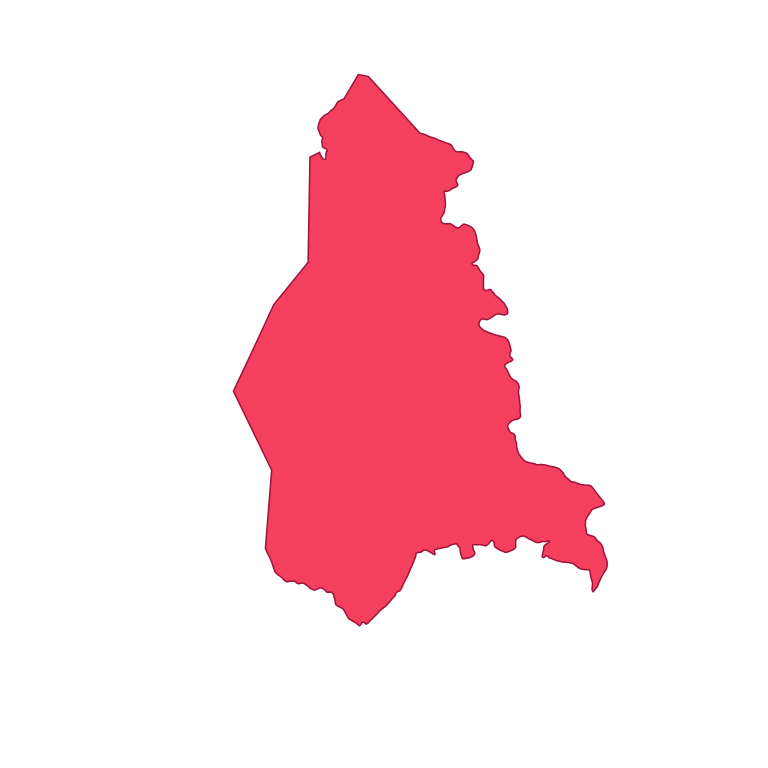 outline of Concepcion de Maria, Choluteca, Honduras, rotated 331°
{"feature_id": "27666195B30241757511056", "entity_name": "Concepcion de Maria", "entity_type": "district", "adm_level": 2, "iso_a3": "HND", "parent_name": "Honduras", "parent_adm1": "Choluteca", "projection": "natural_earth1", "projection_center": [-86.944, 13.221], "detail": "fine", "context": "isolated", "style": "filled", "palette": "rose", "viewbox_px": 768, "rotation_deg": 331, "n_neighbors": 0, "source": "geoboundaries", "source_scale": "gbopen_adm2", "svg_char_len": 6171}
<svg xmlns="http://www.w3.org/2000/svg" viewBox="0 0 768 768"><g transform="rotate(331 384 384)"><path d="M466.2,667.1L471.7,665.0L482.0,657.2L488.8,653.6L490.7,651.7L491.8,649.8L493.1,647.3L493.4,646.2L494.8,636.9L495.8,634.3L496.2,632.5L496.4,630.7L496.3,629.3L495.8,627.0L494.8,625.0L494.1,620.7L493.7,619.4L493.0,618.5L489.5,615.0L489.0,614.1L488.8,613.3L489.0,612.2L490.8,607.6L491.3,605.4L492.9,603.3L493.8,601.5L495.0,600.4L497.8,598.4L500.2,597.4L504.9,594.7L506.5,594.7L516.4,596.4L518.2,596.1L518.7,595.6L518.9,594.8L518.8,592.8L517.1,583.1L516.1,575.1L515.5,573.1L514.8,572.4L510.9,569.9L507.4,567.4L502.9,562.0L501.3,561.0L500.2,559.7L499.7,558.7L499.1,556.4L497.6,552.9L497.6,548.7L496.7,544.6L496.2,543.4L494.7,541.3L492.2,538.7L489.1,536.2L486.8,533.9L484.7,532.2L481.7,530.1L480.2,529.5L478.9,529.2L478.4,528.9L477.8,527.4L473.3,523.6L470.1,520.2L469.5,518.6L468.7,515.3L468.0,510.0L469.1,504.4L470.0,502.4L471.0,500.7L471.7,496.2L473.2,493.9L473.5,492.8L473.5,491.5L473.3,490.5L472.7,489.5L471.5,488.3L471.0,487.3L471.3,482.4L471.6,480.8L472.2,480.2L473.2,479.5L475.2,478.7L477.2,478.2L481.2,478.5L482.6,479.2L484.6,479.6L486.7,479.2L487.4,478.8L488.0,478.2L489.9,473.4L492.5,469.4L493.2,467.0L494.8,463.8L497.7,456.0L499.2,454.0L500.6,452.6L501.4,449.9L501.5,447.8L501.1,446.1L500.6,445.1L499.2,443.0L498.1,440.3L498.0,438.3L498.4,432.1L498.2,429.3L498.0,427.7L498.1,426.8L498.8,426.1L500.1,425.7L504.0,425.3L504.4,425.4L505.0,425.8L505.7,425.8L507.6,425.5L508.4,425.2L508.5,424.8L508.5,424.1L507.6,420.5L508.3,419.3L509.6,417.7L510.9,416.9L511.3,416.5L513.3,409.7L513.6,407.5L513.6,405.5L513.2,403.8L512.3,401.8L504.5,394.3L500.7,389.9L498.0,386.5L496.7,384.2L495.9,381.9L495.5,379.7L495.6,378.2L497.1,376.5L498.8,375.0L499.5,374.7L500.9,374.7L502.4,375.2L504.0,376.8L505.7,377.9L510.3,377.9L514.7,377.4L517.1,377.5L522.5,381.8L523.6,382.3L525.0,382.5L525.9,382.4L526.7,381.7L527.4,380.4L528.2,378.3L528.3,371.8L526.5,365.5L525.1,362.0L524.3,360.4L524.2,358.7L523.3,353.7L522.9,352.9L522.2,352.5L521.0,352.2L519.4,352.1L518.7,351.9L517.8,350.9L517.4,349.6L517.4,348.7L518.1,347.0L523.5,337.9L523.8,336.8L523.7,335.4L523.2,333.5L522.9,331.1L522.8,325.9L522.2,325.0L519.5,323.2L519.3,322.4L519.2,321.5L519.4,321.1L519.8,320.9L521.7,321.0L526.3,320.3L527.3,319.4L529.0,317.3L530.3,316.2L530.9,315.3L531.9,314.7L532.3,314.2L532.9,313.0L533.4,311.4L533.9,306.7L536.4,299.4L537.4,294.6L537.4,292.6L536.9,290.3L536.2,288.7L533.6,285.0L531.9,283.3L531.1,282.8L530.6,282.7L526.7,283.5L525.0,283.6L524.3,283.4L523.7,282.8L522.7,281.5L519.9,276.0L515.4,273.6L513.5,272.2L513.1,271.4L513.0,270.3L513.1,267.9L513.5,267.0L513.8,266.7L519.7,263.2L524.2,257.7L525.1,256.1L528.9,247.9L529.3,245.7L530.0,244.9L530.8,244.8L532.2,246.0L534.8,246.5L538.5,246.1L542.4,246.5L544.0,246.4L544.8,245.9L545.3,245.2L545.5,241.6L546.1,240.4L547.2,239.5L550.2,238.1L551.8,237.9L554.9,238.1L558.0,238.7L560.7,239.0L563.6,239.0L564.6,238.3L566.3,236.9L569.6,233.5L570.3,232.5L569.1,228.6L568.6,223.4L568.0,221.9L566.6,220.4L564.7,218.6L560.7,216.5L559.7,215.6L559.3,215.0L558.9,213.4L558.8,208.4L558.6,207.3L558.1,206.4L551.3,198.7L547.1,193.2L543.5,189.6L541.7,186.9L539.5,184.4L537.1,182.2L519.4,107.5L511.6,100.9L487.0,115.3L485.1,114.8L482.7,115.0L481.5,114.7L480.8,114.8L479.4,115.3L475.0,118.0L473.3,118.7L469.7,119.2L466.4,120.3L462.3,120.1L457.8,121.3L456.7,121.7L456.0,122.2L452.2,125.7L450.5,127.8L449.9,129.4L449.8,131.3L449.0,135.6L449.7,137.6L449.7,138.8L449.4,139.3L448.3,140.3L447.1,142.0L445.2,146.6L445.6,147.9L446.9,149.7L447.5,150.9L447.7,151.9L447.6,152.7L447.3,152.9L446.5,152.8L445.7,153.4L444.6,154.9L442.9,158.0L442.0,158.8L441.1,159.0L440.6,158.8L440.2,158.2L439.7,156.6L439.5,151.9L440.0,150.2L429.2,149.7L376.6,240.8L326.1,261.1L297.5,282.1L248.8,317.3L244.0,404.9L200.6,470.2L200.1,474.3L200.0,479.5L199.8,482.6L197.7,495.0L197.8,496.2L198.5,498.9L200.9,503.8L201.8,507.8L202.6,509.4L203.6,510.2L205.4,510.7L209.9,512.8L210.7,514.1L211.2,515.8L212.1,517.0L212.8,517.5L215.6,518.2L216.5,518.9L217.5,520.0L219.2,523.5L220.7,527.6L222.4,529.8L223.1,530.5L224.1,530.8L228.6,531.2L229.9,531.7L230.9,532.8L232.0,534.3L232.4,535.5L232.8,537.6L233.3,538.5L234.1,539.1L236.7,540.3L237.2,540.7L237.8,543.9L237.5,545.0L236.9,545.7L236.8,547.8L235.0,552.8L235.0,553.9L235.7,555.5L239.3,560.9L239.3,570.7L239.4,572.4L244.0,580.1L244.7,582.5L245.5,583.6L246.6,583.3L248.8,582.3L250.0,582.1L250.6,582.3L251.0,582.8L251.9,585.4L254.1,585.4L257.5,584.2L266.8,581.6L270.1,580.4L277.4,579.1L281.2,578.0L288.4,575.3L290.7,574.7L292.8,572.9L294.1,572.3L295.7,572.2L297.4,572.6L300.6,570.9L305.2,567.4L311.3,563.5L325.0,552.8L327.5,550.6L329.8,548.0L330.5,547.6L331.4,547.4L334.6,549.0L338.3,548.7L339.8,549.3L341.7,551.5L344.7,556.7L345.3,557.6L345.7,557.9L346.3,557.3L346.6,555.5L347.4,554.0L347.9,553.7L348.8,553.6L352.7,554.6L360.8,557.3L361.7,557.4L363.2,557.1L364.8,557.3L368.1,558.1L369.7,558.8L370.1,559.3L370.3,560.0L370.3,561.7L370.7,563.2L370.8,564.5L368.8,569.1L368.0,573.9L368.1,574.9L368.7,575.5L372.8,576.9L375.4,577.6L378.0,577.6L380.4,577.0L381.1,576.5L381.5,575.7L381.8,574.5L381.9,572.6L382.1,571.3L383.1,568.3L383.4,567.8L383.6,567.6L385.2,568.3L387.6,569.9L390.3,571.2L394.4,574.8L395.9,574.8L397.8,574.6L401.2,573.1L402.6,573.0L403.2,573.9L403.4,575.4L403.3,576.2L402.1,579.4L402.1,580.1L402.4,581.0L403.3,583.0L404.8,585.5L408.4,589.9L409.3,590.4L410.8,590.9L413.6,591.3L416.7,591.5L418.9,591.2L419.7,590.8L420.2,590.4L422.8,585.5L423.5,584.6L424.1,584.1L425.5,583.6L427.9,583.5L430.1,583.7L431.8,584.3L432.8,585.1L433.8,586.3L435.4,589.4L437.5,592.2L439.5,595.3L440.8,596.7L441.8,597.4L443.7,598.1L446.3,598.6L448.4,599.9L450.2,600.7L451.8,600.7L452.4,601.3L452.3,602.0L451.8,602.4L446.5,602.9L445.3,603.4L443.2,606.4L439.0,611.0L438.6,611.9L438.8,612.6L439.2,613.0L439.8,613.2L441.0,613.2L442.3,612.8L443.3,613.2L443.8,614.0L444.0,615.5L444.5,616.5L445.8,617.7L449.0,621.9L453.5,626.0L459.0,629.7L462.0,632.4L463.1,634.2L463.8,636.4L464.9,638.9L466.5,641.2L470.2,644.1L472.1,645.3L473.3,645.8L473.6,646.1L473.5,647.4L472.3,650.1L471.1,654.0L469.9,659.2L466.3,664.5L466.1,666.0L466.2,667.1Z" fill="#f43f5e" stroke="#9f1239" stroke-width="1.5"/></g></svg>